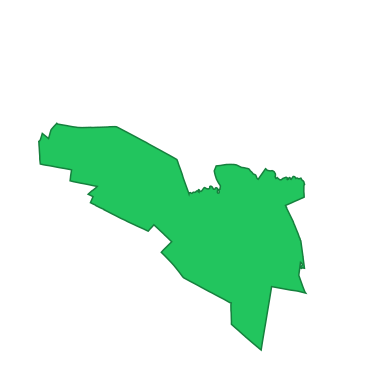 the district of Deta, Timis, Romania, rotated 219°
{"feature_id": "2599482B38114576431815", "entity_name": "Deta", "entity_type": "district", "adm_level": 2, "iso_a3": "ROU", "parent_name": "Romania", "parent_adm1": "Timis", "projection": "natural_earth1", "projection_center": [21.242, 45.402], "detail": "fine", "context": "isolated", "style": "filled", "palette": "green", "viewbox_px": 384, "rotation_deg": 219, "n_neighbors": 0, "source": "geoboundaries", "source_scale": "gbopen_adm2", "svg_char_len": 5990}
<svg xmlns="http://www.w3.org/2000/svg" viewBox="0 0 384 384"><g transform="rotate(219 192 192)"><path d="M291.6,195.2L292.9,194.4L296.9,191.0L297.7,190.2L298.4,189.5L300.7,187.5L305.3,183.5L307.0,182.1L309.0,180.3L310.4,179.1L310.5,179.1L310.9,178.7L311.3,178.6L312.3,177.7L317.9,172.9L319.5,171.7L319.9,171.4L321.5,170.2L322.7,169.5L322.8,169.5L323.9,168.8L325.5,167.8L329.3,165.7L330.7,165.0L335.1,162.5L337.8,161.0L339.2,160.2L340.3,160.3L340.3,159.6L340.6,155.8L340.7,152.2L340.7,151.9L340.5,151.2L339.6,149.0L338.4,146.3L337.2,143.3L341.9,143.3L345.2,143.3L344.0,140.4L343.0,137.8L342.7,137.0L342.7,136.9L342.6,136.5L342.6,136.2L342.7,135.5L342.7,135.2L342.9,134.9L341.8,133.8L340.6,132.4L338.5,130.2L335.7,127.1L332.9,124.1L331.0,121.8L327.5,118.3L324.6,119.7L323.3,120.4L321.7,121.3L319.9,122.4L317.0,124.0L314.7,125.2L311.1,127.1L307.9,128.9L306.0,130.0L304.5,130.8L301.4,132.5L300.2,133.1L299.5,133.4L296.5,128.2L295.3,126.4L293.8,124.0L290.7,125.4L286.3,127.7L284.3,128.7L280.9,130.6L277.1,132.6L272.7,134.8L269.2,136.7L269.3,135.0L269.8,132.6L270.0,131.6L270.1,131.0L270.4,130.5L270.7,128.9L271.3,124.9L268.0,125.7L266.0,126.1L265.0,122.7L264.2,119.8L263.9,119.9L261.8,120.3L259.1,121.0L257.6,121.0L256.7,121.3L254.2,121.8L249.7,123.0L248.9,123.1L248.9,122.9L246.6,123.4L246.2,123.5L239.9,124.8L237.3,125.4L232.8,126.3L230.9,126.7L229.6,127.0L228.3,127.4L225.5,128.1L225.1,128.1L223.2,128.5L220.4,129.2L216.1,130.3L213.9,130.8L212.4,131.2L206.1,132.9L203.4,133.5L201.4,134.0L201.3,137.1L201.1,139.3L201.0,141.2L201.0,142.5L195.9,142.2L190.7,141.8L187.7,141.6L186.4,141.4L182.1,141.1L179.1,140.8L176.5,140.6L176.6,139.1L176.8,137.4L177.6,130.3L177.8,128.3L177.9,125.8L176.0,125.6L172.9,125.3L169.6,124.9L167.2,124.6L163.4,124.1L159.6,123.5L158.8,123.3L156.4,122.8L151.1,121.6L146.9,120.5L145.6,120.2L144.4,120.1L140.1,120.9L139.6,121.0L137.3,121.4L132.4,122.4L129.3,123.0L126.5,123.5L125.3,123.7L124.1,123.9L123.3,124.1L120.4,124.6L118.9,124.9L117.3,125.2L117.1,125.2L115.7,125.5L113.6,126.0L111.5,126.4L109.3,126.8L106.7,127.3L103.7,127.9L101.9,128.3L99.4,128.8L98.1,129.0L93.1,129.8L91.7,130.5L91.2,129.5L90.9,129.0L90.0,127.9L88.5,126.1L87.1,124.4L85.8,123.1L85.0,122.2L81.7,118.3L79.6,115.9L78.7,114.7L78.3,114.2L78.1,114.0L74.0,113.8L71.7,113.7L68.3,113.6L67.0,113.5L64.4,113.4L63.3,113.3L59.9,113.2L59.6,113.2L59.4,113.1L55.0,113.0L51.6,112.9L48.0,112.8L47.1,112.8L45.6,112.8L44.5,112.7L44.3,112.7L44.0,112.8L43.7,112.8L41.5,112.7L40.0,112.7L38.8,112.7L39.5,113.9L42.7,119.4L50.4,133.0L51.2,134.5L56.1,143.1L61.6,152.8L64.2,157.4L70.6,168.6L59.2,174.8L53.5,177.9L49.1,180.6L47.3,181.6L40.0,185.0L41.6,185.5L46.0,188.0L56.5,194.4L57.0,195.1L62.3,203.8L63.5,205.7L62.9,205.8L62.1,205.7L61.3,205.4L60.9,205.2L60.7,205.0L60.5,204.7L60.3,204.3L60.3,204.2L60.3,203.9L60.3,203.4L60.3,202.9L60.2,202.5L59.9,201.8L59.6,201.4L58.9,201.4L58.7,201.7L58.6,202.0L58.5,202.3L58.4,202.6L58.1,202.8L57.7,203.0L57.4,203.1L56.9,203.3L56.6,203.5L64.4,210.9L64.8,211.5L65.3,211.8L70.4,216.6L76.8,222.6L77.2,222.6L77.7,222.9L78.7,223.7L79.1,224.0L79.6,224.1L79.9,224.2L83.4,226.4L85.3,227.4L91.8,231.0L92.9,231.5L94.9,232.8L95.6,233.1L108.8,239.2L108.7,239.4L110.9,240.4L108.0,245.9L106.3,249.4L104.6,252.6L101.6,258.6L102.5,259.6L103.9,261.2L105.3,262.6L108.7,266.9L109.3,268.0L109.4,268.9L109.9,269.0L110.4,269.4L110.8,269.8L111.7,270.4L112.8,270.6L113.2,270.5L113.7,270.5L114.1,270.5L116.1,271.3L117.0,269.8L117.5,269.4L119.2,269.0L119.6,268.3L119.8,267.9L121.6,268.5L122.1,268.4L123.0,267.9L123.2,267.5L123.0,266.8L123.0,266.3L123.1,265.6L123.0,265.0L122.9,264.4L122.9,264.1L123.3,264.0L123.8,264.2L124.1,264.4L124.6,264.7L125.2,264.7L125.5,263.9L125.6,263.5L125.2,262.6L125.2,262.4L125.4,262.0L125.7,261.6L125.9,261.6L126.4,262.5L126.7,262.9L128.2,262.7L128.4,262.3L129.9,259.8L130.1,258.9L130.3,257.9L130.4,257.6L130.6,257.3L131.0,257.1L131.7,256.7L134.9,256.8L134.9,256.5L134.9,255.9L135.1,255.6L135.3,255.3L137.1,256.2L137.2,256.9L138.4,258.4L138.7,258.6L139.3,258.8L140.7,259.4L141.6,259.4L142.4,259.3L143.2,259.0L144.4,257.7L146.7,256.4L147.2,256.2L148.6,256.4L149.5,256.4L148.6,243.5L148.9,243.5L149.5,243.5L150.4,243.7L150.8,243.9L151.4,244.3L152.0,244.7L152.6,244.9L153.1,245.2L154.3,245.1L155.1,244.7L155.6,244.6L155.9,244.6L157.7,245.0L158.5,245.1L159.3,245.1L159.9,245.1L160.6,245.3L161.4,245.6L162.4,245.7L164.4,244.9L164.7,244.6L165.0,244.4L165.4,244.3L165.7,244.2L165.9,244.1L167.4,243.3L168.9,242.3L174.5,241.0L175.6,240.4L176.5,239.9L178.1,238.7L180.0,237.2L182.6,235.0L185.4,231.9L186.4,230.7L187.2,229.9L189.6,227.5L188.0,222.4L186.8,221.4L186.2,220.9L184.6,219.7L181.1,217.4L177.3,215.8L174.1,214.8L173.7,214.6L172.9,213.2L172.0,211.7L172.5,211.1L172.0,210.1L171.3,209.6L171.0,209.4L170.7,209.0L170.5,208.4L170.5,208.1L170.8,207.7L171.0,207.5L171.4,207.4L171.8,207.5L172.1,207.7L172.8,208.7L173.3,209.5L173.6,210.2L174.3,210.7L175.3,210.8L176.0,210.5L176.3,209.8L176.1,209.0L176.1,208.7L176.3,208.4L176.6,208.0L176.9,207.8L177.2,207.8L177.9,208.0L178.6,208.3L179.4,208.6L180.5,208.6L181.4,208.1L181.6,207.5L181.1,206.7L180.7,206.2L180.7,205.9L180.8,205.5L181.1,204.9L181.5,204.4L181.9,204.2L182.4,204.0L182.9,203.8L183.4,203.6L184.2,203.6L185.0,203.4L185.3,202.9L185.2,202.1L185.3,201.5L185.2,201.1L185.2,200.0L185.1,199.7L185.2,199.3L185.2,199.0L185.2,198.5L185.4,198.1L185.7,197.9L186.2,197.8L186.5,197.7L187.5,198.2L188.3,198.0L188.3,197.4L187.4,196.8L186.8,196.5L186.5,196.3L186.4,196.2L186.9,196.1L187.7,196.2L188.6,196.2L189.0,195.8L189.2,194.8L189.1,194.3L189.2,194.0L189.4,193.7L190.2,193.1L190.7,192.8L191.0,192.3L191.0,191.4L191.1,191.0L191.3,190.8L191.8,190.6L192.9,190.5L193.5,189.8L193.3,189.1L193.0,188.5L196.7,190.8L197.9,191.5L205.2,195.9L207.5,197.3L208.4,197.9L210.1,199.1L210.8,199.6L213.6,201.3L215.2,202.3L219.3,204.7L221.3,206.0L222.2,206.6L223.3,207.2L224.2,207.7L228.1,207.1L238.7,205.2L255.7,202.1L258.7,201.7L264.0,200.6L271.0,199.3L275.1,198.5L285.7,196.4L288.7,195.8L291.6,195.2Z" fill="#22c55e" stroke="#15803d" stroke-width="1.5"/></g></svg>